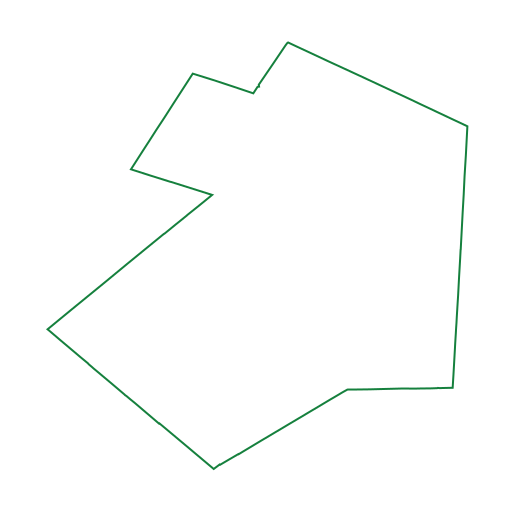 outline of Viziru, Braila, Romania, rotated 183°
{"feature_id": "2599482B41463898366157", "entity_name": "Viziru", "entity_type": "district", "adm_level": 2, "iso_a3": "ROU", "parent_name": "Romania", "parent_adm1": "Braila", "projection": "robinson", "projection_center": [27.708, 45.019], "detail": "fine", "context": "isolated", "style": "outline", "palette": "green", "viewbox_px": 512, "rotation_deg": 183, "n_neighbors": 0, "source": "geoboundaries", "source_scale": "gbopen_adm2", "svg_char_len": 1590}
<svg xmlns="http://www.w3.org/2000/svg" viewBox="0 0 512 512"><g transform="rotate(183 256 256)"><path d="M235.1,470.9L235.4,470.7L236.0,470.2L237.6,467.8L249.1,448.7L262.2,427.2L261.8,425.3L263.3,425.0L267.2,418.3L287.3,423.9L307.9,429.5L328.7,434.8L338.7,417.4L346.4,404.0L354.6,389.6L362.1,376.8L369.6,363.6L369.8,363.3L374.8,354.6L385.4,336.0L366.0,330.9L345.4,325.6L344.6,325.5L303.0,314.7L313.8,304.9L326.9,293.2L327.1,292.9L337.7,283.4L348.7,273.4L349.1,273.3L384.1,241.5L405.0,222.3L432.3,197.5L437.8,192.5L448.4,182.8L460.3,171.9L459.1,171.0L446.7,161.5L434.8,152.5L426.4,146.1L417.9,139.8L417.6,139.3L415.9,138.0L414.3,136.8L412.2,135.1L410.3,133.7L390.4,118.7L379.8,110.6L379.5,110.2L378.6,109.7L378.2,109.5L374.0,106.3L369.2,102.8L344.0,83.5L343.7,83.8L317.5,64.1L290.1,43.4L288.5,42.2L287.1,41.1L285.9,42.1L283.5,44.1L281.4,45.9L281.0,45.6L274.0,50.2L272.5,51.2L263.2,57.3L263.0,57.1L258.5,60.2L241.3,71.8L195.3,102.5L173.8,116.9L171.8,118.2L165.6,122.3L163.7,123.6L161.7,124.9L157.7,127.4L147.6,128.0L135.3,128.8L103.2,131.3L101.2,131.4L92.4,131.8L90.1,131.9L86.3,132.2L80.1,132.6L73.9,133.0L68.3,133.5L67.8,133.6L67.5,133.8L66.2,133.7L65.6,133.7L65.3,133.7L63.2,133.9L59.2,134.2L52.7,134.7L52.7,136.0L52.6,147.4L52.5,174.3L52.5,179.3L52.4,189.4L52.4,193.1L52.3,199.6L52.3,205.4L52.2,218.1L52.1,227.1L52.1,245.5L52.0,264.0L52.0,273.1L51.9,273.2L51.9,309.5L51.9,309.9L51.8,328.5L51.9,346.7L51.7,367.1L51.7,380.8L51.7,395.5L51.7,396.6L100.4,416.5L109.3,420.2L154.6,438.5L165.8,443.0L193.9,454.2L225.8,467.1L235.1,470.9Z" fill="none" stroke="#15803d" stroke-width="2"/></g></svg>